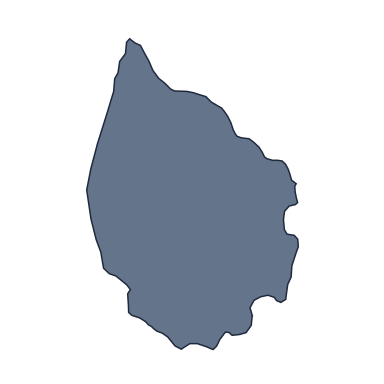 Vindeln, Västerbotten, Sweden (orthographic projection), rotated 354°
{"feature_id": "70781695B31589151940817", "entity_name": "Vindeln", "entity_type": "district", "adm_level": 2, "iso_a3": "SWE", "parent_name": "Sweden", "parent_adm1": "Västerbotten", "projection": "orthographic", "projection_center": [19.601, 64.412], "detail": "fine", "context": "isolated", "style": "filled", "palette": "slate", "viewbox_px": 384, "rotation_deg": 354, "n_neighbors": 0, "source": "geoboundaries", "source_scale": "gbopen_adm2", "svg_char_len": 1500}
<svg xmlns="http://www.w3.org/2000/svg" viewBox="0 0 384 384"><g transform="rotate(354 192 192)"><path d="M116.4,305.2L119.3,308.4L126.8,311.8L132.3,316.1L134.8,319.6L137.5,321.4L139.3,323.6L142.5,326.7L147.6,329.2L152.6,333.5L159.1,343.4L165.0,347.2L165.3,346.9L174.0,342.6L181.5,343.4L190.2,347.4L196.5,350.9L200.4,347.8L204.3,341.5L210.6,334.8L214.2,335.6L216.9,338.7L224.4,338.7L231.1,337.5L237.0,330.8L238.9,321.4L239.1,321.4L237.6,313.2L242.4,306.2L249.2,303.4L256.7,302.6L262.7,305.3L264.8,308.9L268.8,311.1L274.0,308.6L275.3,303.0L277.5,294.0L281.7,286.9L283.6,275.9L289.3,263.1L292.0,257.5L292.2,250.0L289.2,245.8L282.2,243.9L279.9,239.1L280.1,228.9L282.0,220.9L287.2,216.1L293.5,215.3L295.9,213.6L295.1,208.3L294.6,202.6L294.8,196.9L296.5,194.7L292.3,190.7L291.2,184.5L290.0,179.3L287.9,174.1L284.9,170.6L280.4,169.4L275.5,168.9L270.0,166.7L267.8,164.7L266.0,159.8L263.2,154.3L258.5,148.9L254.3,145.0L246.8,143.3L242.6,141.3L240.9,138.3L239.4,134.1L237.9,127.2L235.4,120.5L232.6,115.3L230.2,111.6L225.7,108.4L220.5,104.5L215.8,98.6L209.4,95.9L203.7,93.4L197.3,91.4L185.2,89.7L181.3,87.2L176.6,81.3L170.7,75.4L165.8,67.0L162.9,57.6L158.8,47.8L157.9,45.5L156.1,40.9L150.7,37.7L146.0,33.1L142.6,36.2L140.3,47.4L133.7,54.6L130.9,65.7L127.0,71.1L124.6,83.8L116.0,104.2L103.0,134.2L93.9,158.1L87.5,179.0L88.7,208.2L91.7,229.2L95.0,242.1L96.1,258.6L101.1,264.5L107.7,267.7L117.4,277.5L120.5,282.6L117.4,286.5L116.9,297.9L116.4,305.2Z" fill="#64748b" stroke="#1e293b" stroke-width="1.5"/></g></svg>